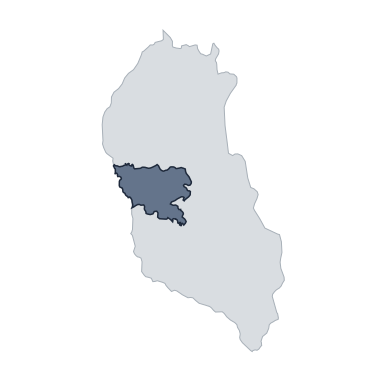 Bács-Kiskun highlighted on a map of Hungary, rotated 86°
{"feature_id": "HUN-3161", "entity_name": "Bács-Kiskun", "entity_type": "County", "adm_level": 1, "iso_a3": "HUN", "parent_name": "Hungary", "parent_adm1": "", "projection": "natural_earth1", "projection_center": [19.36, 46.529], "detail": "fine", "context": "in_parent", "style": "filled", "palette": "slate", "viewbox_px": 384, "rotation_deg": 86, "n_neighbors": 0, "source": "natural_earth", "source_scale": "10m", "svg_char_len": 5457}
<svg xmlns="http://www.w3.org/2000/svg" viewBox="0 0 384 384"><g transform="rotate(86 192 192)"><path d="M319.2,115.1L323.8,114.6L324.0,114.7L325.1,115.0L325.9,117.8L326.0,118.0L327.1,119.9L328.2,122.4L329.8,124.2L333.4,125.0L338.0,127.3L341.1,131.7L345.6,133.5L345.9,133.6L346.8,133.3L350.1,133.2L350.7,134.1L353.3,136.2L354.4,138.1L353.9,140.1L354.4,142.3L355.4,143.1L354.2,144.6L345.9,152.2L342.6,154.2L340.5,154.6L337.0,153.8L333.5,154.4L330.3,156.0L327.4,156.5L325.2,158.5L322.4,162.6L318.9,166.1L315.4,168.3L313.6,170.2L313.4,176.9L311.5,178.8L308.8,180.8L307.4,182.5L303.5,192.7L300.4,196.0L297.6,198.5L297.1,200.8L297.2,203.4L293.9,208.7L289.6,214.1L288.8,216.3L289.8,219.4L285.7,222.8L283.3,224.5L281.3,225.3L280.1,227.5L278.1,232.8L278.6,235.1L278.7,237.3L275.2,238.6L274.2,241.0L273.3,244.0L271.9,245.3L267.9,247.8L258.1,246.7L254.4,247.5L253.3,249.3L253.0,250.7L251.8,252.1L249.6,253.7L247.3,254.5L242.2,252.4L231.1,254.5L229.2,256.0L227.7,254.9L225.3,254.0L214.3,252.8L210.0,253.7L204.2,253.3L198.8,252.3L194.8,253.1L191.2,257.3L189.4,258.7L188.1,259.6L185.0,260.9L182.5,262.5L179.1,263.7L176.1,263.5L173.2,261.7L172.2,262.1L171.3,263.8L169.8,265.2L165.5,266.9L164.4,266.9L164.2,266.9L160.9,268.2L155.5,268.9L152.8,268.4L147.8,274.2L146.3,275.3L141.6,277.0L137.8,277.9L134.5,277.2L133.2,277.2L118.6,276.9L111.0,275.6L106.1,273.4L102.9,270.8L101.3,268.0L97.6,266.3L91.6,265.7L87.0,262.9L83.7,258.0L79.3,254.1L73.6,251.2L69.2,247.1L65.9,241.8L60.0,237.1L51.4,232.8L48.8,231.9L48.3,230.6L44.2,225.3L42.4,223.4L42.6,220.8L41.8,219.3L40.2,218.3L39.5,214.5L39.0,211.7L37.8,209.9L28.6,209.6L36.4,202.9L40.3,201.0L44.7,201.4L46.2,200.8L46.5,199.8L47.3,197.6L47.7,195.6L48.1,193.7L47.7,192.6L45.5,192.2L44.6,187.5L45.7,185.7L46.8,184.4L45.5,178.6L45.9,176.7L49.4,176.4L52.3,175.1L54.7,173.7L55.3,171.9L57.3,168.3L55.6,163.8L45.6,160.9L45.1,159.8L47.5,158.6L50.0,156.8L51.4,155.4L53.3,155.2L56.1,155.9L60.8,159.1L62.7,159.6L64.5,158.6L66.4,158.4L71.7,158.5L76.2,157.8L75.2,154.3L75.2,151.9L74.5,149.9L75.0,147.7L76.8,146.0L77.4,142.1L80.2,139.5L81.6,139.2L86.5,139.6L87.6,140.3L88.4,140.4L96.2,146.8L103.6,151.5L109.6,154.0L118.6,154.2L128.1,154.4L144.0,153.5L155.9,152.9L156.7,151.7L158.5,148.9L157.1,146.5L157.2,143.6L159.2,139.9L165.1,136.8L181.9,135.4L191.6,133.1L193.1,130.0L196.3,126.9L199.2,126.2L203.2,127.7L208.1,130.4L212.3,131.9L214.8,130.9L223.3,126.3L233.1,121.8L239.9,109.6L240.6,107.7L247.9,106.3L258.6,106.5L264.1,108.1L268.2,109.0L274.4,108.7L283.3,106.1L286.6,106.1L289.1,108.0L292.0,109.6L293.9,111.6L295.3,114.3L296.1,115.4L297.4,116.8L299.6,118.7L301.8,119.2L318.3,115.8L319.2,115.1Z" fill="#d9dde1" stroke="#a8b0b8" stroke-width="1"/><path d="M203.5,252.9L202.5,252.3L201.5,252.0L200.4,252.0L197.6,252.5L196.6,252.4L195.7,252.6L194.5,253.1L193.4,253.7L192.7,254.4L192.7,254.9L193.1,255.5L193.2,256.0L192.0,256.6L191.6,257.0L191.4,257.5L191.0,257.9L190.2,258.5L189.8,258.7L189.3,258.7L188.6,259.0L188.2,259.5L187.9,260.1L187.4,260.6L186.6,260.9L184.8,260.9L183.9,261.1L183.5,261.3L182.9,261.7L182.6,262.5L182.3,263.2L181.8,263.8L180.4,264.1L176.2,263.7L175.1,263.1L174.4,261.9L173.3,261.5L172.2,262.0L171.4,263.1L171.4,265.0L170.5,265.2L169.3,265.0L168.1,265.7L168.0,266.0L167.9,266.2L168.0,266.4L168.3,266.9L168.4,267.2L168.4,267.4L168.1,267.5L167.2,267.1L164.2,266.9L163.5,267.0L163.0,267.5L162.5,267.8L161.5,268.0L160.7,268.5L160.4,268.5L159.4,267.6L160.5,266.4L160.8,264.5L161.5,263.3L161.8,262.0L161.5,261.1L161.5,259.6L160.7,258.1L160.7,257.3L160.4,256.6L159.5,256.5L158.6,256.6L159.7,256.0L160.7,255.1L159.7,254.6L159.1,253.4L159.4,252.8L160.2,253.1L160.9,252.7L161.9,250.8L161.6,250.0L161.0,250.2L160.5,250.0L160.3,249.6L160.5,249.3L161.3,248.8L164.1,248.3L164.9,247.6L164.8,242.3L164.7,241.6L164.0,240.4L163.8,239.4L164.1,237.2L165.3,233.8L165.2,232.0L164.6,230.0L163.1,226.3L162.2,224.9L163.5,223.6L166.8,222.3L168.2,221.1L168.9,219.9L169.2,219.1L169.0,218.2L168.5,216.8L168.5,216.3L168.4,215.6L168.3,215.0L168.0,214.7L167.9,214.5L167.1,213.4L166.9,213.3L166.7,213.0L165.8,212.2L165.6,211.8L165.5,211.3L165.5,210.5L165.6,209.5L165.7,208.7L166.1,207.8L166.6,207.1L167.1,206.8L167.5,206.3L167.5,205.1L167.2,202.6L166.9,201.5L166.9,200.9L167.0,200.5L167.3,200.1L167.5,199.7L167.6,199.1L168.6,197.1L170.9,197.0L173.1,196.4L176.7,193.9L181.9,191.9L183.6,192.3L185.0,193.5L185.2,195.3L184.1,196.9L183.7,198.7L184.7,200.0L186.1,199.6L187.2,197.8L188.5,197.0L190.0,196.5L190.6,195.6L190.7,194.4L191.4,193.6L194.7,194.0L196.5,195.6L199.2,199.5L200.3,200.4L199.4,201.4L196.9,200.3L196.2,201.4L196.0,202.8L196.8,204.7L197.8,207.0L199.4,209.6L200.5,213.1L202.4,214.4L203.9,211.9L203.9,209.1L205.3,207.1L207.1,207.1L208.6,206.2L208.6,204.5L209.6,204.5L210.4,203.5L211.8,202.4L213.3,202.1L214.7,203.0L216.3,203.5L218.3,201.3L219.6,200.5L221.1,199.9L222.7,200.8L224.4,202.5L222.8,203.5L222.5,204.0L222.8,204.5L223.5,204.7L224.3,204.8L224.8,205.1L224.8,205.4L224.0,206.6L223.5,206.5L222.6,205.8L221.6,205.7L221.6,206.7L222.5,207.3L221.8,208.4L220.4,208.3L218.7,208.9L217.7,210.2L218.0,210.4L217.3,211.9L217.5,212.8L218.2,213.3L219.1,213.0L220.4,213.4L218.0,215.3L215.9,217.9L216.9,218.5L217.3,219.6L216.4,226.3L214.7,228.0L210.5,227.4L208.7,228.5L208.8,231.0L211.1,232.5L211.6,235.3L210.8,238.1L210.2,239.3L209.2,239.3L207.7,239.7L206.3,240.6L204.9,240.7L203.6,240.3L202.5,240.5L201.5,241.1L201.6,242.6L201.6,243.9L200.8,245.2L200.7,247.0L201.6,249.1L202.8,251.1L203.5,252.9Z" fill="#64748b" stroke="#1e293b" stroke-width="1.5"/></g></svg>